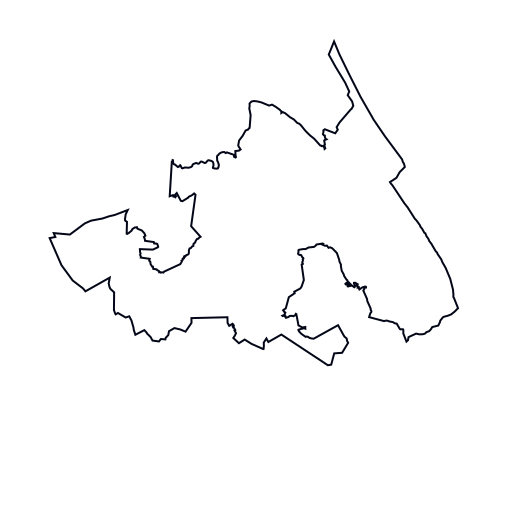 Heroica Ciudad de Juchitán de Zaragoza, Oaxaca, Mexico, rotated 241°
{"feature_id": "50627088B28921038205871", "entity_name": "Heroica Ciudad de Juchitán de Zaragoza", "entity_type": "district", "adm_level": 2, "iso_a3": "MEX", "parent_name": "Mexico", "parent_adm1": "Oaxaca", "projection": "orthographic", "projection_center": [-94.955, 16.413], "detail": "fine", "context": "isolated", "style": "outline", "palette": "ink", "viewbox_px": 512, "rotation_deg": 241, "n_neighbors": 0, "source": "geoboundaries", "source_scale": "gbopen_adm2", "svg_char_len": 6147}
<svg xmlns="http://www.w3.org/2000/svg" viewBox="0 0 512 512"><g transform="rotate(241 256 256)"><path d="M125.6,265.9L124.5,269.1L132.9,277.2L129.6,284.4L135.4,294.5L137.5,294.5L139.9,295.3L142.6,294.3L144.3,294.2L155.7,294.2L155.7,266.4L156.8,264.8L158.3,263.2L160.2,262.2L161.1,261.1L161.2,260.2L166.0,257.9L169.2,257.1L170.8,257.2L170.9,257.7L169.6,262.9L168.5,263.9L170.0,264.7L171.0,261.9L174.7,259.5L185.6,263.1L186.1,262.8L185.2,261.4L185.2,259.5L186.2,258.5L187.2,256.5L186.9,254.5L187.5,252.2L188.4,252.3L188.3,252.6L189.6,252.6L189.4,251.8L190.4,251.4L190.6,250.2L191.0,250.1L190.7,252.1L192.2,254.2L193.0,254.0L193.0,253.7L195.4,253.4L195.8,256.7L204.1,264.8L204.7,271.8L206.2,272.1L206.1,279.0L207.2,281.1L211.8,286.2L226.4,291.8L226.4,293.2L228.1,293.4L229.3,294.9L230.5,295.3L230.8,296.2L231.6,296.3L232.9,295.8L234.5,296.0L235.3,295.7L235.6,294.8L236.9,293.9L237.9,294.1L238.7,295.0L240.5,295.9L240.6,296.6L239.2,300.6L238.0,302.7L238.0,306.0L235.9,311.0L236.0,312.7L236.7,314.5L234.6,320.4L234.4,320.5L234.4,319.1L231.4,321.4L230.7,323.1L228.0,323.4L227.7,325.0L225.9,326.4L219.4,328.2L212.7,327.0L210.5,326.3L207.2,326.1L206.2,325.4L201.5,323.8L197.4,323.8L195.7,323.4L191.6,323.7L190.5,324.1L189.7,323.8L185.8,324.9L186.1,323.9L187.7,323.1L188.6,321.9L188.3,320.7L187.7,320.7L186.3,322.1L185.7,322.1L185.0,321.5L184.7,321.7L184.6,322.5L183.5,325.7L181.0,326.8L181.0,327.2L182.0,328.2L184.4,328.3L185.0,328.7L184.6,329.7L182.1,331.2L181.6,329.6L181.2,329.5L180.4,330.3L179.3,329.7L179.4,330.7L178.9,330.9L177.7,330.3L176.6,330.2L177.0,333.7L176.4,336.5L175.9,337.2L175.5,337.2L175.1,336.9L175.7,335.8L175.5,335.0L174.7,334.8L173.7,333.1L164.7,332.3L162.6,331.5L154.4,330.8L153.4,330.2L151.8,330.2L150.9,329.4L150.5,328.2L147.7,325.3L137.0,336.4L136.4,338.6L135.1,340.2L134.3,340.7L131.8,343.7L129.9,344.7L128.6,346.3L122.6,346.4L121.9,346.7L120.7,349.0L119.8,349.0L116.9,347.3L108.2,346.1L108.6,348.0L111.1,350.1L110.5,358.4L108.2,361.0L106.7,364.0L106.2,366.1L106.8,368.3L106.3,370.9L107.1,373.4L108.4,375.7L106.8,381.7L108.8,384.6L110.1,385.8L111.7,389.6L111.8,390.7L110.7,395.1L110.3,398.5L111.1,403.0L112.4,407.4L123.3,408.8L124.4,408.7L126.4,409.9L131.1,412.0L141.8,414.8L153.6,416.1L160.0,416.0L163.3,416.4L169.6,415.8L171.2,416.0L172.9,415.5L181.8,415.3L184.9,414.8L187.6,415.1L190.5,414.7L193.7,415.1L194.8,414.5L199.3,414.5L202.1,414.0L203.2,414.3L209.4,413.6L211.4,413.0L224.7,412.2L230.4,411.3L251.7,409.6L254.0,409.1L255.7,409.0L256.3,416.8L259.7,422.3L261.7,429.3L264.6,430.1L267.5,430.1L269.7,430.6L298.4,426.8L317.9,425.0L344.4,424.6L368.7,425.5L391.9,426.7L405.8,428.3L396.9,417.3L383.2,417.3L364.4,418.0L354.7,417.3L352.2,414.2L344.5,415.0L340.2,413.9L338.3,410.8L338.3,410.1L332.3,393.8L329.6,389.0L326.8,388.7L324.9,384.8L333.5,377.6L333.2,375.8L331.9,375.2L330.1,373.6L328.8,373.8L327.9,374.6L326.6,373.9L324.8,373.7L323.9,374.2L324.1,372.1L323.9,371.6L320.1,370.3L319.8,369.4L316.6,368.8L316.4,367.9L318.0,368.4L319.7,367.9L320.2,366.8L320.7,366.8L321.3,365.9L322.2,365.6L330.5,363.7L335.3,361.7L341.5,359.9L349.0,358.6L350.8,357.9L352.4,356.6L357.1,355.3L361.0,353.0L366.6,350.8L368.9,349.2L368.8,347.5L370.2,348.3L372.6,347.6L376.9,345.6L380.6,343.4L381.2,340.4L387.7,335.2L390.5,332.2L392.6,329.3L393.3,326.8L392.5,324.3L390.0,323.0L388.4,321.7L381.8,319.6L371.1,312.5L371.0,311.3L370.4,310.5L370.8,307.8L367.6,302.6L365.2,297.2L361.4,294.1L360.2,293.9L356.7,294.2L356.4,292.3L357.8,288.8L353.6,286.7L352.3,286.5L352.1,285.8L353.5,284.9L355.0,285.9L360.7,280.8L360.7,279.4L362.3,278.7L363.1,277.0L363.4,275.2L363.3,273.6L362.6,271.9L362.7,271.3L363.0,271.5L361.7,270.0L358.2,268.3L356.6,268.3L353.7,267.7L351.9,266.3L351.1,265.0L351.3,264.3L352.5,262.4L353.7,261.1L354.5,261.3L355.6,262.6L357.5,263.6L359.1,263.9L360.5,263.3L362.7,261.1L362.9,260.2L361.9,257.2L362.2,256.2L364.9,254.3L365.3,253.5L364.5,250.9L364.7,250.1L366.4,248.8L366.8,245.8L366.6,244.9L365.5,243.6L365.3,242.2L365.9,239.8L367.9,236.7L368.3,234.2L368.8,233.7L372.1,233.8L372.2,233.3L371.5,231.8L371.7,230.8L375.4,229.4L376.1,228.7L377.1,228.5L380.1,229.8L380.3,229.6L379.2,228.7L379.3,228.1L350.1,209.5L349.5,212.8L348.0,212.5L347.3,213.6L346.5,213.9L347.0,215.0L348.7,214.7L349.5,217.2L340.7,217.0L339.6,218.2L339.9,225.1L340.4,225.8L340.2,229.4L340.7,232.2L338.9,232.8L313.5,213.7L299.7,216.8L299.7,215.6L299.1,213.6L299.5,212.9L299.4,212.4L298.2,210.2L297.3,209.3L296.9,207.2L295.2,206.1L295.3,204.6L294.6,203.1L294.8,201.5L293.3,199.9L291.2,198.8L290.3,197.7L290.3,196.5L290.6,195.5L289.8,193.9L290.6,193.3L290.2,192.6L289.4,192.2L289.3,191.0L288.8,191.2L288.7,190.4L287.9,189.6L288.0,188.7L287.4,188.7L287.0,188.2L285.6,185.8L286.9,167.9L286.4,167.0L287.4,165.7L287.6,164.7L288.2,164.6L288.7,163.4L289.9,163.8L291.6,162.7L292.6,162.5L294.5,159.9L296.6,160.7L297.1,160.0L300.1,159.9L302.4,160.8L303.5,160.3L304.3,160.7L305.1,161.6L310.4,154.6L310.6,154.9L313.2,155.2L314.2,156.3L315.7,156.5L318.3,157.8L311.6,168.9L311.2,174.4L311.4,174.9L314.4,175.5L315.1,175.0L316.3,173.0L317.7,173.4L323.1,166.3L324.8,167.0L327.0,167.2L327.4,169.1L330.0,169.4L333.7,168.5L337.3,165.6L338.2,165.5L338.9,165.8L339.7,163.7L339.6,162.4L339.5,161.0L338.5,159.5L337.8,155.9L337.8,154.0L338.2,153.7L348.4,159.7L350.5,158.7L351.9,159.4L355.6,162.2L358.4,166.1L360.4,152.2L361.9,147.0L363.2,140.0L366.9,128.8L367.5,122.2L365.0,103.6L374.1,90.2L369.9,89.7L371.7,84.2L342.2,81.4L323.4,83.8L311.5,89.0L307.8,89.7L308.0,117.6L303.5,113.9L300.2,112.9L297.9,112.7L293.0,114.3L277.5,105.5L273.7,104.9L273.0,105.0L273.1,107.6L265.4,112.2L264.7,115.9L260.0,115.8L253.0,114.2L250.7,113.3L245.6,112.3L245.3,122.4L242.0,123.2L241.0,123.1L236.4,124.5L232.2,124.5L228.3,129.7L229.5,132.6L227.0,136.3L228.2,137.3L229.4,141.0L232.4,143.4L232.5,149.7L228.5,154.1L224.0,157.7L228.8,167.2L233.0,169.4L216.3,201.3L211.2,198.7L207.9,198.7L208.1,202.4L206.7,202.4L206.8,202.9L205.7,202.8L205.7,201.5L204.5,201.4L204.2,201.9L201.4,202.0L201.4,201.1L198.2,201.1L196.7,199.0L195.3,196.4L188.0,198.8L188.4,205.6L181.3,209.5L171.1,217.2L171.0,217.5L173.7,219.4L176.5,220.8L178.8,225.1L174.8,225.1L175.0,240.1L125.6,265.9Z" fill="none" stroke="#020617" stroke-width="2"/></g></svg>